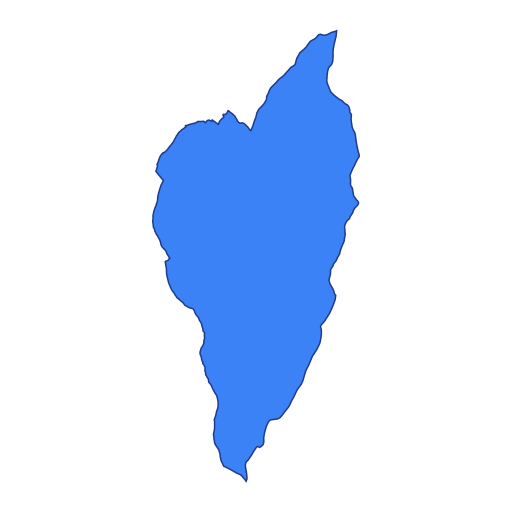 Turmequé, Boyacá, Colombia (Equal Earth projection)
{"feature_id": "7082276B20080835702605", "entity_name": "Turmequé", "entity_type": "district", "adm_level": 2, "iso_a3": "COL", "parent_name": "Colombia", "parent_adm1": "Boyacá", "projection": "equal_earth", "projection_center": [-73.519, 5.301], "detail": "fine", "context": "isolated", "style": "filled", "palette": "blue", "viewbox_px": 512, "rotation_deg": 0, "n_neighbors": 0, "source": "geoboundaries", "source_scale": "gbopen_adm2", "svg_char_len": 6053}
<svg xmlns="http://www.w3.org/2000/svg" viewBox="0 0 512 512"><path d="M336.6,30.7L335.5,31.3L331.5,32.4L327.5,34.5L326.3,34.9L324.4,35.2L323.0,35.1L320.7,34.3L320.3,34.3L318.5,34.8L317.8,35.5L317.1,36.7L315.0,38.7L312.4,40.1L310.3,41.3L305.9,47.3L303.8,49.4L300.0,52.5L297.5,57.1L296.9,58.0L296.3,59.9L295.6,62.8L295.0,64.5L294.5,65.1L293.0,66.2L290.8,67.4L289.0,69.6L283.4,75.8L279.1,79.1L276.2,82.4L272.1,86.5L271.1,87.5L270.1,89.0L269.4,90.3L268.2,93.5L267.4,95.0L266.7,96.1L266.6,97.4L266.6,99.0L265.8,100.8L263.6,104.3L260.0,108.0L258.9,109.2L257.7,111.2L257.4,112.0L256.8,113.1L256.2,115.7L256.2,116.4L255.4,118.3L255.2,119.1L254.7,120.1L252.7,126.3L250.8,130.7L249.6,129.5L248.9,128.6L248.3,127.7L246.2,125.4L244.8,124.1L243.6,123.3L242.2,122.8L241.6,122.9L241.0,123.1L239.8,123.1L238.7,122.4L238.1,121.8L234.7,115.9L233.7,115.2L232.4,113.8L230.0,112.1L229.6,111.7L228.3,110.6L228.1,110.6L227.4,112.0L226.7,113.3L225.9,113.9L225.4,114.5L224.7,114.6L223.9,114.3L223.6,114.3L223.2,114.5L223.0,114.8L223.0,115.3L223.6,116.4L223.8,116.9L223.7,117.5L222.9,118.0L222.4,118.3L221.2,119.4L219.5,121.4L218.6,123.7L218.4,124.3L218.2,124.4L218.0,124.0L217.8,123.8L216.5,123.1L213.9,121.1L212.2,119.9L212.0,120.2L211.7,121.4L209.3,120.2L208.8,120.1L207.8,120.3L206.9,120.9L205.5,122.8L205.3,122.8L204.6,121.9L204.1,121.5L203.3,121.2L201.6,121.5L197.7,121.5L197.0,122.1L194.2,123.5L193.5,123.3L192.0,123.9L191.4,123.9L189.2,124.5L188.9,124.8L187.0,125.4L185.6,125.5L185.4,125.7L185.5,126.0L185.9,126.4L186.0,126.8L185.2,127.2L183.6,128.6L181.9,129.6L180.5,131.0L179.5,131.8L178.1,133.3L177.1,135.2L176.5,135.7L176.3,136.2L175.5,138.0L174.8,139.0L173.8,141.0L173.1,142.3L171.7,144.0L170.6,145.5L170.0,146.0L167.5,149.4L166.5,150.5L165.0,151.9L163.6,152.9L163.3,152.6L161.6,154.2L160.2,156.4L159.6,157.6L158.4,161.0L158.4,161.5L157.5,163.3L157.0,164.7L157.5,165.0L157.4,166.5L157.0,167.7L156.5,169.5L155.9,171.4L163.4,180.6L162.5,182.2L161.6,184.3L161.1,185.0L159.7,189.2L158.3,194.2L158.0,195.8L157.7,196.7L157.6,199.2L157.3,201.6L156.5,203.6L155.9,205.9L155.2,207.3L154.2,210.2L153.8,211.6L153.0,215.6L153.0,217.2L153.1,218.4L152.7,220.6L152.8,222.1L153.1,224.0L153.4,227.2L154.1,228.4L154.6,229.7L154.9,231.2L155.5,232.3L156.2,234.0L158.0,236.7L158.6,238.0L159.5,239.4L160.5,242.2L160.7,242.9L160.7,243.6L161.5,245.9L162.2,247.0L163.8,248.8L165.1,249.9L165.8,250.9L167.1,254.1L168.3,255.8L169.2,257.5L169.9,258.1L169.4,258.3L168.1,260.3L167.5,260.7L165.5,261.3L165.2,261.8L165.6,264.1L166.4,268.5L166.5,272.4L166.7,274.5L167.4,277.8L168.0,280.0L168.4,282.0L169.3,284.4L171.7,289.9L174.3,293.4L175.2,295.0L176.2,296.4L177.0,297.7L177.4,298.1L178.4,298.8L182.7,302.5L183.6,303.4L184.9,305.3L188.8,307.4L190.3,308.1L192.7,308.6L193.5,309.3L194.0,310.1L195.2,313.3L196.5,315.3L198.5,317.7L198.9,318.6L199.5,320.6L200.9,322.4L201.3,323.4L201.7,324.8L202.0,326.4L202.6,327.7L202.9,328.8L202.9,329.7L203.0,330.4L203.5,331.7L204.2,332.1L204.6,332.7L204.3,335.0L204.4,336.4L204.6,337.3L204.6,338.4L204.3,339.0L204.0,340.3L203.8,342.2L203.7,343.4L203.3,344.6L202.2,346.6L201.1,348.3L200.8,349.7L200.3,350.9L200.0,352.3L200.2,354.5L201.3,357.0L201.6,359.3L202.2,361.2L202.8,361.7L202.7,362.6L202.8,363.4L203.3,364.2L203.9,364.8L204.5,366.3L204.9,367.0L205.1,367.8L205.0,368.9L204.9,370.9L205.6,372.7L205.6,374.2L206.0,375.4L206.6,376.1L206.9,377.0L207.7,378.0L208.2,378.8L208.8,382.3L210.4,384.1L211.6,386.0L212.5,388.3L215.1,393.3L216.7,395.5L217.8,399.9L218.1,402.5L218.1,405.9L217.9,407.6L216.3,412.5L215.9,414.9L215.5,416.4L215.0,417.7L214.3,419.4L214.2,420.0L214.3,420.5L214.5,420.8L214.6,421.8L214.6,426.7L214.5,429.1L214.3,430.4L213.6,433.2L213.5,434.9L214.0,437.5L213.9,438.6L214.4,440.9L214.5,442.5L215.0,443.9L215.8,445.3L218.3,449.0L218.8,450.0L219.9,453.7L220.4,457.3L220.9,459.8L221.4,461.3L222.6,463.7L223.7,466.2L227.2,467.8L230.6,469.6L236.3,472.9L240.4,474.7L241.2,475.3L245.1,479.8L246.1,481.3L246.9,479.2L247.0,477.8L246.5,472.6L245.3,466.0L245.5,463.9L246.3,461.8L247.8,460.5L251.2,455.6L253.6,451.5L256.7,446.9L258.0,446.6L259.6,447.4L260.8,446.7L262.7,445.1L263.3,444.1L263.8,442.1L263.8,439.8L263.7,438.6L263.9,436.5L264.5,432.8L266.2,426.9L267.1,424.6L268.2,422.4L269.4,420.6L271.0,419.8L276.6,419.1L278.4,418.6L280.6,417.1L283.3,413.7L284.7,411.7L285.9,410.4L289.1,406.2L291.9,400.2L293.9,396.7L296.1,392.0L297.7,389.0L301.2,384.3L302.9,380.6L305.0,373.3L306.1,370.1L308.8,364.9L311.3,358.8L312.7,355.6L314.2,353.6L317.1,349.0L319.1,344.8L320.0,342.6L320.6,339.7L321.3,334.8L321.4,332.1L321.3,329.6L320.5,326.7L320.7,325.8L321.7,324.3L323.5,322.5L325.1,320.4L329.6,313.2L331.2,309.8L332.9,305.8L334.7,301.0L335.3,299.0L335.7,295.2L334.9,294.6L334.2,292.8L333.6,290.5L332.8,288.7L331.1,285.8L330.1,283.9L329.5,282.5L329.2,281.0L329.1,279.6L329.4,278.0L330.4,274.9L330.6,270.1L330.8,269.3L332.9,266.1L333.7,263.8L334.2,263.1L335.9,261.1L336.2,260.5L337.8,257.0L339.0,255.0L339.6,253.9L340.0,252.1L341.0,248.6L342.6,244.7L343.8,242.1L344.3,240.3L344.4,238.9L345.1,235.4L345.3,234.1L345.0,232.6L344.8,228.8L344.6,227.7L344.6,227.0L344.7,226.0L345.4,223.7L347.0,220.8L349.5,218.6L350.0,216.9L352.7,212.7L353.1,211.4L353.6,210.1L354.8,208.1L357.6,205.1L358.2,204.2L358.5,203.4L358.5,202.6L358.0,201.5L356.0,199.1L353.6,195.8L353.2,192.8L352.9,191.6L352.4,188.3L350.6,185.3L350.5,184.3L350.6,179.7L350.2,177.5L350.0,176.1L350.1,174.8L352.8,168.5L354.5,165.4L355.4,163.4L357.6,158.9L358.9,157.1L359.2,156.2L359.3,155.5L359.0,154.2L358.0,150.9L356.6,144.1L355.8,138.8L355.3,134.7L354.6,132.2L352.8,129.0L352.1,126.7L351.2,120.7L351.1,118.4L351.4,115.2L351.2,114.2L350.8,113.5L350.3,112.9L349.9,112.2L349.8,111.7L349.8,110.1L349.3,108.0L348.5,106.2L347.5,105.0L345.2,103.8L341.9,100.6L339.6,99.5L335.5,96.4L333.2,94.4L331.4,92.6L330.4,91.2L328.4,86.1L327.8,84.7L327.1,82.8L326.9,81.5L326.7,80.2L327.0,78.1L327.1,75.3L327.6,71.6L328.1,69.3L328.6,67.8L329.4,66.8L330.6,65.6L331.5,64.6L332.2,62.8L332.7,61.4L333.1,56.2L333.0,52.2L333.2,50.0L333.4,48.1L334.1,44.4L336.1,36.2L336.4,33.0L336.6,30.7Z" fill="#3b82f6" stroke="#1e3a8a" stroke-width="1.5"/></svg>